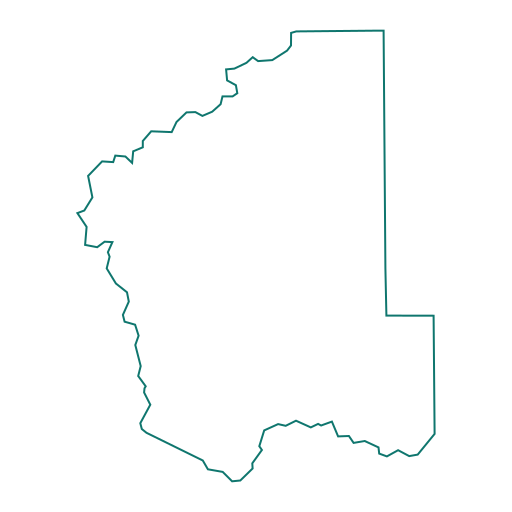 Jefferson, Montana, United States of America
{"feature_id": "52423323B8727370524595", "entity_name": "Jefferson", "entity_type": "district", "adm_level": 2, "iso_a3": "USA", "parent_name": "United States of America", "parent_adm1": "Montana", "projection": "albers", "projection_center": [-112.213, 46.159], "detail": "fine", "context": "isolated", "style": "outline", "palette": "teal", "viewbox_px": 512, "rotation_deg": 0, "n_neighbors": 0, "source": "geoboundaries", "source_scale": "gbopen_adm2", "svg_char_len": 1254}
<svg xmlns="http://www.w3.org/2000/svg" viewBox="0 0 512 512"><path d="M383.6,30.7L372.4,30.7L296.3,31.4L291.1,32.9L291.0,45.5L287.1,50.6L272.3,60.1L258.1,61.1L252.7,57.2L246.5,62.8L234.4,68.6L226.1,69.4L227.1,80.4L235.9,85.2L237.3,93.2L232.6,96.4L222.5,96.4L220.6,104.2L212.2,111.7L202.4,115.9L195.4,112.1L186.5,112.4L176.5,122.0L171.7,132.1L151.2,131.3L142.8,141.0L142.8,147.3L133.2,151.3L132.1,162.9L125.4,156.5L115.3,155.6L113.2,162.1L102.1,161.4L88.1,175.9L92.4,197.4L84.3,210.5L77.4,213.1L86.6,226.9L85.1,244.9L97.2,247.2L104.6,241.7L112.4,242.1L107.9,252.2L109.6,256.7L106.7,268.4L115.9,283.5L127.0,292.3L128.8,301.6L122.9,314.9L124.6,321.7L129.6,323.1L135.1,324.7L138.6,335.7L135.3,345.0L140.7,366.1L138.2,376.0L145.7,386.3L144.5,388.3L144.1,392.5L150.3,404.7L140.3,423.2L141.8,429.0L146.5,432.8L202.8,460.5L207.9,469.3L222.7,471.9L232.1,481.3L240.3,480.5L252.6,468.5L252.3,463.3L261.9,450.0L259.3,446.2L264.2,430.4L278.1,424.1L285.7,425.8L296.0,420.7L310.8,427.4L318.1,423.9L321.1,425.5L331.9,421.6L338.1,436.4L348.9,436.0L353.6,442.9L364.7,441.0L378.5,447.4L379.2,453.6L386.9,456.4L398.1,450.2L409.2,456.1L417.7,454.6L434.6,433.9L434.2,386.6L433.6,315.7L386.4,315.6L385.4,268.2L383.6,30.7Z" fill="none" stroke="#0f766e" stroke-width="2"/></svg>